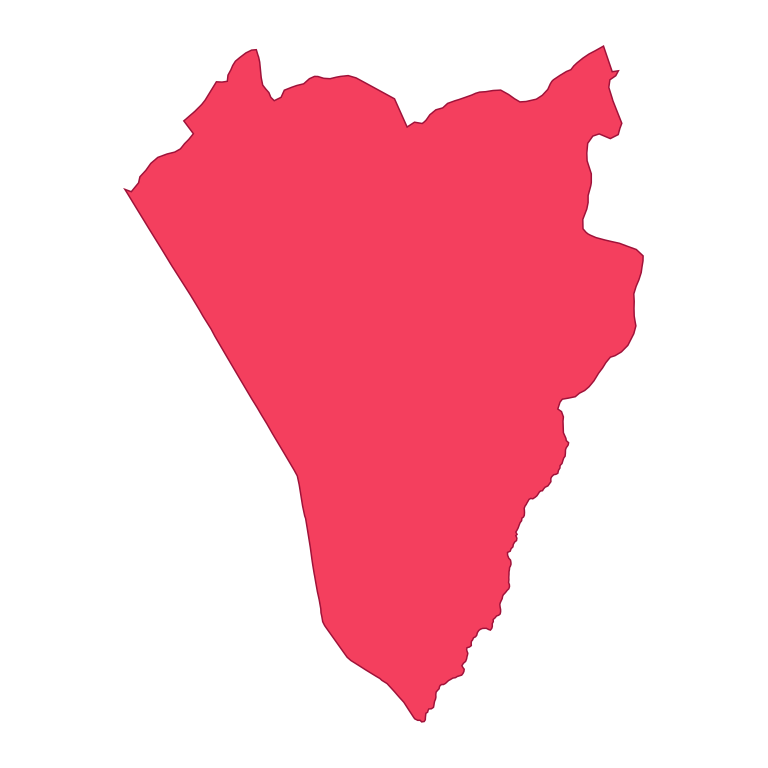 outline of Kuresoi South, Rift Valley, Kenya
{"feature_id": "3690345B31423540418892", "entity_name": "Kuresoi South", "entity_type": "district", "adm_level": 2, "iso_a3": "KEN", "parent_name": "Kenya", "parent_adm1": "Rift Valley", "projection": "orthographic", "projection_center": [35.659, -0.544], "detail": "fine", "context": "isolated", "style": "filled", "palette": "rose", "viewbox_px": 768, "rotation_deg": 0, "n_neighbors": 0, "source": "geoboundaries", "source_scale": "gbopen_adm2", "svg_char_len": 4684}
<svg xmlns="http://www.w3.org/2000/svg" viewBox="0 0 768 768"><path d="M297.3,475.9L299.2,484.7L302.6,506.0L304.7,515.9L305.6,518.4L307.3,528.7L309.5,542.3L309.9,544.8L310.3,547.3L311.9,559.1L312.7,564.6L314.2,573.8L314.7,576.3L315.7,582.2L317.4,591.7L319.2,599.8L320.8,608.9L321.0,612.8L321.8,616.4L322.7,621.7L324.7,625.7L343.9,652.7L347.1,657.2L351.0,660.6L353.1,661.9L360.4,666.5L365.7,669.9L368.0,671.3L376.3,676.4L379.9,678.5L381.8,680.3L387.1,683.6L392.5,689.5L394.5,691.7L397.0,694.6L399.7,697.7L403.8,702.2L408.7,709.8L411.6,714.2L413.5,717.1L414.7,718.8L417.7,720.3L420.1,720.3L421.7,721.9L424.2,721.5L425.3,719.8L425.4,717.7L425.6,715.7L425.9,713.3L427.6,712.2L428.1,710.3L428.9,708.9L431.4,708.8L433.5,707.3L433.9,705.3L434.2,703.3L434.6,701.3L435.5,699.2L435.9,697.1L435.8,694.7L436.1,692.1L437.8,690.1L439.1,688.8L439.4,687.0L440.2,685.4L441.7,684.5L443.5,684.5L445.5,683.4L447.1,681.9L448.6,680.5L450.5,679.5L452.8,678.1L455.6,677.6L457.2,676.5L459.2,675.9L461.7,675.1L463.0,673.4L463.9,671.5L464.2,669.2L462.9,667.5L461.9,665.7L463.4,663.3L465.6,661.4L466.6,658.9L467.0,656.6L467.5,654.9L467.8,653.2L467.1,651.5L466.6,649.6L467.0,647.7L469.5,647.0L471.3,645.6L471.2,642.9L471.5,641.2L472.6,639.9L473.5,637.8L475.5,636.8L476.7,635.3L477.4,632.6L478.8,630.5L480.3,629.3L482.6,628.4L486.3,628.3L488.6,629.5L490.4,630.1L491.7,628.5L492.3,626.6L492.3,623.5L493.3,621.7L493.2,619.5L495.2,617.7L496.5,616.0L498.7,615.2L500.2,613.9L500.6,611.8L500.6,609.6L500.1,607.0L499.8,604.4L500.3,602.7L501.1,600.9L502.2,598.6L502.6,596.3L503.3,594.8L504.7,593.4L506.0,591.9L507.2,590.3L508.8,588.8L509.5,586.6L509.4,584.7L508.6,582.5L508.9,579.8L508.8,577.4L509.0,574.2L509.0,571.9L509.4,569.7L509.6,567.5L510.4,566.1L511.0,564.2L510.9,562.2L510.5,560.1L508.8,558.2L507.6,555.2L507.5,552.4L510.2,551.2L511.1,548.7L512.9,546.9L513.3,544.4L514.7,542.0L516.5,540.6L516.9,538.2L515.8,535.6L517.1,534.4L515.8,532.1L517.1,530.0L518.2,527.8L519.3,524.7L520.1,522.7L521.6,520.7L521.9,518.2L523.5,517.0L524.3,515.3L524.5,512.6L524.4,510.4L524.2,508.2L525.1,506.0L526.2,504.5L527.0,502.9L527.9,501.4L529.0,499.4L530.8,498.4L532.8,498.8L535.1,497.3L536.9,495.8L538.4,493.6L539.3,492.1L540.6,491.0L542.5,490.7L543.7,488.8L545.1,487.2L547.9,485.9L549.4,483.8L550.9,481.7L550.8,478.6L551.7,476.7L553.7,474.7L555.9,474.3L557.8,473.3L558.5,470.3L559.9,468.1L560.1,465.5L562.0,463.5L562.9,460.5L563.7,458.1L565.1,456.2L565.4,453.2L565.5,449.8L566.3,447.6L567.3,446.3L568.2,444.9L568.6,442.7L566.3,440.6L565.9,438.3L563.4,432.7L563.0,421.2L563.4,416.9L561.5,411.6L557.8,409.0L560.0,402.2L562.3,399.2L568.5,398.1L575.3,396.7L579.4,393.2L584.7,390.5L589.0,386.8L593.9,380.9L598.6,373.2L602.6,367.9L605.8,362.7L610.3,357.2L615.0,355.7L621.4,351.9L627.9,345.3L633.8,333.7L635.9,325.9L635.0,321.0L634.2,316.0L634.0,308.4L634.2,301.5L633.8,293.9L636.1,286.4L638.9,279.8L641.2,272.6L642.1,266.2L642.7,262.7L643.0,260.8L643.1,255.9L636.3,249.5L626.9,246.1L619.5,243.3L611.8,241.6L604.9,240.0L596.0,237.6L590.4,235.2L588.1,234.0L586.1,232.4L583.0,228.8L582.8,219.4L586.8,209.0L588.1,202.6L588.1,195.6L590.5,186.8L590.9,185.1L591.3,182.5L591.3,173.8L587.1,160.8L586.8,153.1L587.7,143.3L592.8,136.1L599.2,133.9L610.3,138.6L618.2,134.6L619.9,128.4L621.8,123.3L612.8,100.5L612.3,98.6L608.8,87.4L609.9,79.8L615.8,75.7L618.4,70.8L612.2,71.7L603.5,46.1L595.3,50.7L589.0,54.0L582.8,58.2L577.0,62.9L573.8,65.9L570.9,69.7L566.4,71.5L559.8,75.5L553.4,79.8L551.9,81.3L550.4,83.7L547.8,89.4L542.3,95.3L536.3,99.2L530.5,100.5L526.1,101.5L519.9,101.9L514.6,98.8L508.6,94.5L500.7,90.1L493.1,90.5L485.6,91.7L479.6,92.1L475.6,93.3L473.4,94.3L471.6,95.1L465.4,97.3L458.8,99.6L455.1,100.7L447.6,103.4L442.7,107.9L435.9,109.8L429.9,114.7L426.2,120.0L424.4,121.8L422.2,123.5L414.5,122.2L407.1,127.0L394.5,98.8L367.0,83.8L356.1,77.9L348.2,75.6L340.6,76.4L336.3,77.2L330.1,78.7L323.7,78.3L317.9,76.5L314.5,76.4L309.4,78.7L303.7,83.8L296.8,85.5L291.9,87.2L284.3,90.2L281.1,97.3L274.2,100.7L270.8,97.3L268.9,92.6L265.9,89.2L262.7,85.1L261.2,77.6L260.4,69.3L259.7,62.1L258.6,57.0L258.0,55.4L256.3,49.7L251.6,50.1L245.9,52.9L239.7,57.6L235.4,61.2L232.7,65.5L230.9,69.8L228.0,75.1L227.3,81.3L222.0,82.1L216.4,81.8L205.1,100.2L201.7,104.5L194.9,111.3L183.8,120.9L193.4,133.7L188.7,139.5L184.7,143.5L180.4,148.9L174.7,152.1L167.0,154.0L157.8,157.4L150.8,163.4L145.9,170.3L139.9,176.8L138.6,182.8L131.3,191.7L124.9,189.4L126.8,192.4L136.8,208.8L149.3,229.2L161.7,249.2L171.0,264.5L172.3,266.6L173.6,268.6L190.6,295.3L199.5,310.0L202.9,316.0L211.1,329.1L214.9,336.3L227.0,357.0L240.2,379.4L251.7,398.8L257.1,407.5L261.2,414.5L267.1,424.2L272.5,433.7L283.2,451.6L293.9,469.7L297.3,475.9Z" fill="#f43f5e" stroke="#9f1239" stroke-width="1.5"/></svg>